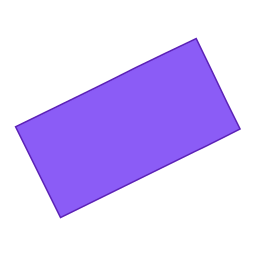 the district of Eau Claire, Wisconsin, United States of America, rotated 154°
{"feature_id": "52423323B20706139587208", "entity_name": "Eau Claire", "entity_type": "district", "adm_level": 2, "iso_a3": "USA", "parent_name": "United States of America", "parent_adm1": "Wisconsin", "projection": "orthographic", "projection_center": [-91.42, 44.727], "detail": "fine", "context": "isolated", "style": "filled", "palette": "violet", "viewbox_px": 256, "rotation_deg": 154, "n_neighbors": 0, "source": "geoboundaries", "source_scale": "gbopen_adm2", "svg_char_len": 355}
<svg xmlns="http://www.w3.org/2000/svg" viewBox="0 0 256 256"><g transform="rotate(154 128 128)"><path d="M27.7,78.0L27.9,107.3L27.6,144.8L27.5,178.5L60.9,178.8L94.5,178.9L128.0,178.5L161.3,178.4L195.0,178.4L228.5,178.4L227.9,77.1L78.8,77.6L65.1,77.5L58.5,77.6L56.1,77.6L55.6,77.6L27.7,78.0Z" fill="#8b5cf6" stroke="#5b21b6" stroke-width="1.5"/></g></svg>